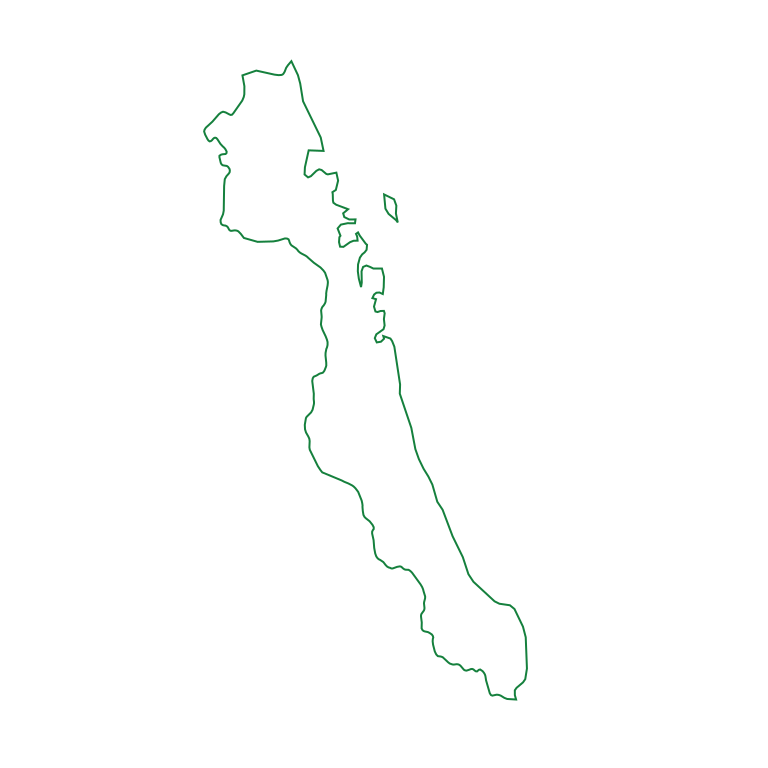 SVG path tracing the border of Ranong, rotated 144°
{"feature_id": "THA-379", "entity_name": "Ranong", "entity_type": "Province", "adm_level": 1, "iso_a3": "THA", "parent_name": "Thailand", "parent_adm1": "", "projection": "robinson", "projection_center": [98.727, 10.047], "detail": "fine", "context": "isolated", "style": "outline", "palette": "green", "viewbox_px": 768, "rotation_deg": 144, "n_neighbors": 0, "source": "natural_earth", "source_scale": "10m", "svg_char_len": 5023}
<svg xmlns="http://www.w3.org/2000/svg" viewBox="0 0 768 768"><g transform="rotate(144 384 384)"><path d="M410.5,247.8L418.0,220.5L422.0,197.6L427.5,180.5L427.9,171.4L422.3,143.2L419.8,138.4L412.2,131.0L410.7,125.3L414.2,106.0L418.2,95.8L435.6,69.8L443.2,62.2L446.9,60.9L455.3,60.3L458.2,59.3L461.0,55.4L462.6,51.1L469.5,56.8L471.1,59.3L472.7,63.2L473.6,64.6L474.5,65.6L475.6,66.5L479.5,68.2L480.3,69.5L480.2,71.6L475.6,84.3L474.3,86.8L473.6,88.2L473.1,89.7L472.9,91.7L473.0,93.7L474.0,96.5L475.3,97.0L477.7,96.8L478.6,97.6L479.1,99.0L479.4,100.5L480.2,101.7L481.3,102.3L482.9,102.7L485.7,103.6L486.7,104.6L487.3,105.8L487.7,111.0L488.1,112.5L488.9,113.7L489.9,114.6L492.5,116.0L493.5,116.9L495.1,119.2L495.7,121.2L497.1,128.5L498.2,130.1L500.4,132.2L500.7,134.5L500.1,137.8L497.5,144.3L495.9,147.2L494.3,149.1L493.2,149.9L492.6,151.3L492.5,153.2L493.5,155.9L494.3,157.5L496.4,159.8L497.2,161.0L497.5,162.4L497.2,164.2L493.6,168.9L490.8,174.0L489.9,175.2L488.8,176.0L484.8,177.3L483.7,178.1L482.9,179.0L480.6,183.0L479.7,184.0L476.8,186.4L476.2,187.1L475.6,187.9L473.8,193.1L473.1,194.8L472.5,197.2L472.2,200.4L472.2,214.7L472.4,216.3L472.8,217.9L473.4,219.3L475.5,220.9L476.4,222.0L477.0,223.7L477.4,225.9L478.3,227.1L479.7,227.8L481.0,228.4L485.5,229.7L486.5,230.5L487.2,231.8L488.1,232.9L488.8,234.5L489.1,236.7L489.2,240.3L490.5,243.9L491.2,245.2L491.6,246.7L491.6,249.0L490.7,252.1L488.3,257.1L484.2,263.8L481.5,270.0L480.4,271.5L479.0,272.3L477.6,272.7L476.5,274.2L476.1,276.7L476.3,281.4L477.6,286.0L477.9,287.8L477.6,290.1L475.8,293.7L473.6,297.3L472.7,298.4L471.7,300.3L470.6,302.8L468.3,311.9L468.4,316.5L468.8,318.9L469.4,320.7L471.3,324.5L473.6,328.2L474.9,330.8L485.9,348.8L486.0,351.9L485.8,356.4L482.7,374.4L481.6,376.6L477.7,381.5L476.6,383.6L476.1,386.0L475.6,390.6L474.5,393.8L472.1,397.5L467.2,402.3L465.9,402.9L459.6,403.9L457.5,404.9L457.0,405.1L453.0,408.5L452.0,409.5L451.2,410.6L449.7,413.2L446.5,417.4L440.3,428.6L438.3,430.5L436.6,431.2L433.5,430.5L430.5,430.3L429.2,430.0L428.1,429.5L426.9,429.1L425.6,429.4L424.4,429.8L420.9,432.0L419.8,432.9L418.2,435.2L414.6,441.4L413.0,443.5L410.0,446.3L408.8,447.0L407.8,447.8L406.7,448.8L405.0,451.1L404.1,453.4L403.2,456.8L401.9,463.8L400.9,467.1L400.0,469.3L395.4,474.4L394.6,475.5L391.7,480.4L390.7,481.3L389.5,482.1L388.2,482.7L386.7,483.0L385.4,483.5L384.1,484.1L382.9,484.9L378.4,490.0L377.6,491.2L375.7,493.2L371.7,496.9L369.9,498.9L369.1,500.1L368.5,501.4L366.3,508.6L366.3,511.5L366.9,515.6L369.5,523.4L371.1,530.4L371.4,532.1L372.0,533.9L374.1,538.1L374.8,539.9L375.2,541.8L375.2,543.5L375.5,545.5L377.4,550.6L377.4,552.6L377.0,554.4L376.5,555.7L376.2,557.2L377.0,558.7L378.6,560.0L385.4,562.3L389.7,564.4L402.7,573.3L411.5,584.5L411.6,589.6L412.1,593.1L412.8,594.4L413.6,595.3L414.7,596.2L417.3,597.5L418.2,598.3L418.6,599.7L418.2,602.7L418.5,604.2L419.2,605.4L420.2,606.3L421.1,607.4L421.6,608.9L421.1,610.8L419.8,612.8L414.5,615.9L411.8,618.4L397.0,638.1L392.4,643.3L389.4,644.7L385.8,645.5L384.5,646.0L383.4,647.1L382.6,648.6L382.5,651.3L383.0,652.8L384.1,653.9L385.1,654.9L386.0,655.9L386.3,657.3L386.1,658.8L383.8,664.3L382.9,665.4L380.9,665.3L379.5,664.7L377.0,663.2L375.7,663.4L374.7,664.5L374.3,667.2L374.4,669.2L374.8,671.0L375.2,674.4L374.9,680.0L375.1,681.6L375.9,682.6L377.1,682.9L378.6,682.7L380.0,682.3L381.4,682.3L382.5,682.8L382.9,684.1L382.9,685.7L382.1,690.9L381.1,694.0L379.7,695.2L377.4,696.1L368.6,697.1L359.1,699.3L356.3,699.4L354.2,698.9L352.5,696.8L350.6,692.9L349.9,691.8L348.7,691.2L346.7,691.6L332.1,696.6L328.8,698.6L326.7,700.5L321.9,707.0L317.1,716.9L303.1,712.6L290.8,698.7L287.7,695.8L285.1,694.2L283.8,694.0L282.8,694.2L280.7,695.1L277.3,697.3L274.2,698.4L269.2,699.6L272.1,684.4L275.2,676.3L283.3,660.3L290.3,620.6L295.9,608.1L307.6,617.3L320.6,605.8L325.1,600.2L324.0,595.8L321.0,595.1L313.4,596.2L310.3,595.8L308.7,593.8L307.2,587.8L306.2,586.6L298.3,583.0L301.6,575.5L308.9,569.3L313.0,569.5L313.8,567.8L317.5,562.4L318.4,560.4L317.3,557.1L310.3,546.5L316.7,546.1L318.0,542.4L315.4,537.5L310.3,533.9L313.0,531.1L319.0,535.5L325.2,538.3L330.1,537.1L332.1,529.5L333.8,529.0L337.0,525.2L338.8,520.9L336.2,518.8L328.1,518.7L324.5,517.8L321.1,515.5L319.3,518.6L318.8,519.9L318.4,521.9L315.9,521.9L316.4,518.3L316.3,508.2L315.9,506.6L319.2,502.8L322.3,501.9L325.5,501.7L329.2,500.4L334.7,496.0L338.9,490.6L342.4,484.1L345.6,475.9L342.4,479.1L335.9,488.4L332.1,491.0L328.6,490.2L326.5,487.0L324.7,483.6L317.8,478.6L321.0,470.7L327.4,462.4L332.1,457.5L333.9,460.7L336.5,462.3L339.4,462.2L342.9,460.3L340.6,457.3L346.6,452.5L348.3,447.7L346.9,446.0L343.9,445.1L341.1,443.2L341.9,440.8L345.9,436.6L349.1,431.0L352.2,428.6L361.0,428.7L364.5,426.5L365.4,421.9L361.6,420.0L357.3,420.6L356.4,423.2L352.1,417.0L352.2,414.0L353.7,408.1L371.3,374.1L376.9,366.9L387.7,332.4L396.9,312.9L399.9,302.8L401.8,292.2L402.5,283.0L404.0,274.2L410.1,257.4L410.5,247.8ZM277.9,509.4L280.3,518.9L279.8,525.0L272.5,537.3L267.3,527.5L269.2,521.0L274.1,515.0L277.9,506.6L277.9,509.4Z" fill="none" stroke="#15803d" stroke-width="2"/></g></svg>